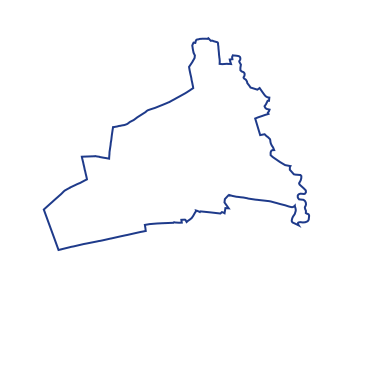 Uliesti, Dâmbovita, Romania (Robinson projection), rotated 42°
{"feature_id": "2599482B47598366841918", "entity_name": "Uliesti", "entity_type": "district", "adm_level": 2, "iso_a3": "ROU", "parent_name": "Romania", "parent_adm1": "Dâmbovita", "projection": "robinson", "projection_center": [25.414, 44.587], "detail": "fine", "context": "isolated", "style": "outline", "palette": "blue", "viewbox_px": 384, "rotation_deg": 42, "n_neighbors": 0, "source": "geoboundaries", "source_scale": "gbopen_adm2", "svg_char_len": 5735}
<svg xmlns="http://www.w3.org/2000/svg" viewBox="0 0 384 384"><g transform="rotate(42 192 192)"><path d="M293.7,145.4L293.0,145.2L292.2,145.0L291.9,144.8L291.5,144.1L291.5,143.5L292.0,142.7L292.8,141.8L294.7,140.5L295.5,139.7L296.2,138.9L296.5,138.5L297.2,137.1L297.5,136.3L297.4,135.3L297.2,134.4L296.6,133.6L295.9,132.6L295.1,131.5L294.6,131.0L293.6,130.6L292.8,130.8L291.7,131.3L290.7,131.5L289.4,129.9L289.2,129.7L287.8,129.1L286.3,128.1L285.9,127.4L285.7,126.3L285.0,124.9L283.6,123.7L282.0,123.1L280.1,123.2L278.3,124.5L276.5,125.8L275.2,125.6L274.2,125.2L273.1,124.1L272.8,123.1L272.9,122.3L273.1,121.7L273.8,120.6L276.6,118.5L277.1,117.6L276.8,115.9L275.5,114.7L272.8,114.5L269.7,114.5L266.9,114.5L265.7,113.8L265.0,110.7L263.9,108.5L262.6,107.0L261.2,106.8L259.8,107.9L257.2,109.9L255.8,110.7L249.8,110.0L248.0,107.9L247.8,106.9L243.2,109.7L237.1,110.9L228.6,112.0L225.8,112.0L224.2,110.3L223.6,109.2L223.4,108.1L223.7,107.1L225.0,105.9L222.8,104.8L221.6,104.4L220.6,104.2L220.0,104.0L218.8,103.5L218.1,103.2L217.1,102.5L216.3,101.9L215.8,101.4L215.0,100.8L214.3,100.5L213.6,100.5L211.1,100.4L210.6,100.6L209.0,100.6L207.9,100.5L207.3,100.5L204.6,104.1L189.8,95.1L191.2,92.2L193.2,88.7L194.7,85.9L196.6,82.8L195.3,82.3L195.2,80.6L194.5,78.9L192.2,80.2L190.7,80.5L189.3,80.1L188.5,79.7L188.3,77.5L187.2,73.6L188.2,72.7L186.3,70.1L185.4,70.7L184.7,71.1L183.9,71.3L183.1,71.5L182.2,71.5L181.3,71.4L180.2,71.2L177.4,70.6L172.7,69.5L172.1,72.2L167.3,74.4L165.6,75.2L163.7,74.7L160.3,74.1L158.9,73.1L156.9,72.5L154.8,72.8L154.2,72.7L153.6,72.3L153.2,70.5L152.1,69.0L151.0,68.5L150.0,68.5L148.2,69.2L146.5,69.1L144.9,67.4L143.1,64.6L140.5,63.8L139.6,63.2L139.3,61.4L138.4,60.2L137.4,59.6L136.3,59.6L135.2,60.1L133.4,61.3L131.7,62.6L130.9,63.1L131.5,64.9L133.2,66.3L131.4,68.3L133.0,69.4L135.4,70.8L135.0,71.1L134.9,71.1L133.0,72.8L132.3,73.2L129.0,76.7L126.8,78.3L124.8,75.9L124.3,75.5L123.4,74.6L122.6,74.0L121.6,73.1L120.0,71.7L118.9,70.6L115.6,67.6L114.3,66.3L113.2,65.4L112.3,64.6L111.8,64.0L111.0,63.7L110.9,63.7L110.5,63.8L107.1,65.5L106.4,65.7L105.9,65.9L105.6,66.1L105.3,66.4L105.0,66.7L104.9,67.0L103.5,67.0L102.7,66.9L102.3,66.8L101.2,66.8L101.2,67.7L100.5,68.2L98.1,70.3L97.6,70.8L96.9,71.4L96.4,72.0L95.6,72.7L95.4,73.0L95.1,73.4L94.9,73.8L94.8,74.0L94.7,74.2L94.4,74.5L94.1,74.9L93.8,75.2L93.6,75.6L93.5,75.8L93.5,76.1L93.5,76.5L93.7,77.2L93.8,77.3L94.3,78.2L94.7,79.0L94.3,79.3L94.1,79.4L93.8,79.5L93.5,79.6L93.4,79.7L93.2,79.9L93.6,81.4L93.8,81.9L94.0,82.5L94.3,83.1L95.0,83.6L95.4,83.9L96.3,84.7L97.2,85.4L98.5,86.4L99.0,86.7L99.6,87.2L99.9,87.3L100.0,87.5L102.8,88.6L103.4,89.5L103.8,90.1L104.1,90.4L104.2,90.6L104.3,90.9L104.6,92.2L104.7,92.7L104.9,93.6L104.9,93.9L105.0,94.0L105.1,94.3L105.4,96.0L106.1,101.0L108.6,103.0L112.0,105.5L113.9,106.8L115.4,107.9L116.3,108.7L117.4,109.5L118.7,110.4L121.1,112.2L122.1,112.9L123.4,114.0L122.8,116.1L122.4,117.8L121.8,120.0L121.5,121.2L121.3,121.8L121.0,122.9L118.8,129.3L117.6,132.7L116.8,135.1L116.2,136.7L115.1,139.9L115.1,140.2L114.7,140.8L113.8,142.8L111.7,147.2L110.8,149.0L109.1,152.5L108.0,154.7L107.6,155.3L105.7,158.6L104.6,160.6L104.4,161.1L104.1,162.2L104.0,163.7L101.4,173.0L100.6,177.2L100.2,178.4L99.9,179.1L99.3,180.7L99.0,181.5L98.8,182.5L98.6,183.7L98.4,184.6L98.3,184.9L97.5,186.5L96.6,188.0L96.4,188.1L94.8,190.2L94.6,190.6L94.4,190.8L93.6,191.7L93.3,192.2L92.4,193.6L91.1,195.2L90.7,195.8L90.5,196.0L89.9,196.6L91.4,198.9L94.4,203.4L97.3,207.5L98.8,209.9L100.0,211.5L103.7,217.1L104.6,218.3L105.0,218.7L107.2,221.6L108.1,222.7L105.3,224.4L103.0,225.9L101.2,227.0L100.1,227.7L99.6,227.8L97.4,229.3L96.0,230.1L95.9,230.5L95.6,230.7L86.5,239.5L87.0,239.9L87.7,240.4L88.9,241.2L91.7,243.1L92.6,243.8L92.9,244.0L93.5,244.4L93.7,244.6L94.4,245.0L97.1,247.0L97.6,247.4L98.2,247.7L100.7,249.5L101.6,250.1L103.9,251.7L105.5,252.9L105.5,253.0L105.1,253.9L104.4,255.6L104.1,256.6L103.8,257.3L103.3,258.7L103.1,259.3L102.7,260.4L102.1,261.5L101.8,262.2L101.2,263.5L100.7,264.8L99.3,268.1L99.2,268.4L98.4,270.2L98.5,270.4L98.3,270.8L98.2,271.1L97.8,272.2L97.7,272.5L97.4,273.3L97.0,274.6L96.7,275.3L96.5,276.1L96.4,276.6L96.3,277.5L96.2,280.0L96.1,281.5L95.9,283.1L95.7,284.8L95.7,285.0L95.4,287.4L95.0,291.0L94.8,293.1L94.6,294.8L93.6,304.2L107.9,311.8L120.0,318.2L131.6,324.4L138.0,315.0L138.9,313.6L140.4,311.7L146.3,303.2L146.6,302.8L148.3,300.6L154.5,292.3L155.8,290.5L156.2,290.1L157.9,287.8L162.7,281.0L162.9,280.8L168.2,273.3L171.6,268.6L172.6,267.3L176.4,261.9L179.6,257.4L180.6,256.0L182.0,254.2L183.7,251.9L183.2,251.5L181.4,249.9L181.0,249.6L179.0,248.0L182.0,244.2L186.8,239.1L190.4,235.5L194.6,231.4L198.8,227.3L198.8,226.7L199.0,226.4L199.3,226.2L199.8,226.0L203.1,223.4L204.9,221.6L202.7,219.8L205.1,217.4L205.7,217.1L208.1,217.9L208.2,216.5L208.8,214.1L209.2,211.6L208.9,209.1L208.0,205.1L207.9,203.5L207.3,203.1L208.3,202.6L209.7,202.1L211.3,201.6L211.2,200.9L211.3,200.7L219.5,194.7L227.5,189.0L227.7,186.9L229.1,186.3L230.4,186.0L227.6,181.6L230.2,179.6L223.1,178.0L221.2,175.3L221.2,174.1L221.3,170.1L222.2,169.6L221.9,169.2L224.6,167.9L228.2,165.8L229.8,164.6L231.6,163.4L233.9,161.7L237.2,159.7L238.1,159.3L244.3,155.2L246.3,153.7L246.5,153.6L252.2,149.5L254.2,148.1L254.3,148.0L255.0,147.5L256.7,146.4L258.3,145.6L261.3,144.1L261.8,143.8L265.3,142.1L270.2,139.5L272.5,138.5L273.6,138.0L275.1,137.2L275.8,136.8L276.3,136.5L276.6,136.2L277.0,135.8L277.2,135.3L277.4,134.5L277.5,134.3L277.6,133.7L277.6,133.4L277.7,133.5L278.3,134.0L278.6,134.2L279.0,134.4L279.6,134.7L280.5,135.4L281.0,135.8L281.7,136.6L282.4,138.1L282.7,138.7L283.1,139.6L283.2,140.4L283.3,140.9L283.4,142.0L283.6,143.0L284.1,144.5L284.8,145.8L285.2,146.5L285.8,147.0L286.6,147.3L287.3,147.3L291.5,146.0L293.7,145.4Z" fill="none" stroke="#1e3a8a" stroke-width="2"/></g></svg>